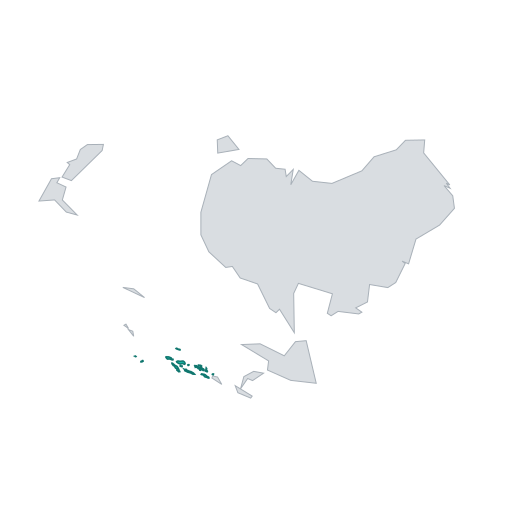 Solomon Islands on a map of Oceania (Albers equal-area conic projection), rotated 170°
{"feature_id": "SLB", "entity_name": "Solomon Islands", "entity_type": "country or territory", "adm_level": 0, "iso_a3": "SLB", "parent_name": "Oceania", "parent_adm1": "", "projection": "albers", "projection_center": [159.585, -9.221], "detail": "fine", "context": "in_parent", "style": "filled", "palette": "teal", "viewbox_px": 512, "rotation_deg": 170, "n_neighbors": 5, "source": "natural_earth", "source_scale": "50m", "svg_char_len": 5835}
<svg xmlns="http://www.w3.org/2000/svg" viewBox="0 0 512 512"><g transform="rotate(170 256 256)"><path d="M218.8,120.2L243.4,127.5L264.5,141.7L261.8,150.5L285.6,171.3L267.2,168.8L245.5,152.8L232.0,164.8L221.3,163.9L218.8,120.2ZM297.6,124.5L299.0,131.9L284.1,118.7L285.9,117.0L297.6,124.5ZM288.9,139.3L278.3,142.8L268.9,139.3L281.0,133.9L285.5,136.8L294.3,127.9L288.9,139.3ZM312.0,135.5L320.6,143.5L319.6,145.4L314.9,143.5L312.0,135.5Z" fill="#d9dde1" stroke="#a8b0b8" stroke-width="1"/><path d="M394.1,206.7L398.1,210.7L395.9,211.5L394.1,206.7ZM394.4,205.7L390.4,203.3L390.4,198.2L394.4,205.7Z" fill="#d9dde1" stroke="#a8b0b8" stroke-width="1"/><path d="M373.0,234.4L392.6,248.2L382.1,244.9L373.0,234.4Z" fill="#d9dde1" stroke="#a8b0b8" stroke-width="1"/><path d="M460.2,347.8L444.0,367.6L435.7,367.2L439.4,362.7L431.1,356.9L437.0,344.8L425.0,327.4L435.2,332.2L444.6,346.2L460.2,347.8ZM389.2,386.6L424.7,362.3L433.3,367.4L423.6,378.3L425.7,380.9L415.8,382.7L410.5,391.4L402.7,395.0L386.9,392.4L389.2,386.6Z" fill="#d9dde1" stroke="#a8b0b8" stroke-width="1"/><path d="M254.3,363.9L275.8,364.0L274.0,377.1L262.8,379.3L254.3,363.9ZM136.9,321.5L122.5,333.2L99.4,336.2L88.7,344.0L69.7,341.0L73.0,328.4L52.8,292.3L56.0,294.7L53.1,289.0L58.6,292.7L51.8,281.1L52.3,268.5L69.8,254.6L95.5,244.9L107.1,221.8L113.0,225.6L110.4,222.7L123.0,205.6L131.7,202.0L149.1,208.2L154.2,191.4L166.8,187.6L161.5,182.3L164.9,181.1L184.8,187.2L192.4,184.1L195.7,187.2L187.3,205.5L219.0,221.7L225.4,212.6L231.6,173.8L242.1,199.5L246.2,196.7L251.7,202.0L259.3,228.2L275.4,237.1L281.1,249.8L287.8,250.0L301.7,268.3L306.6,286.4L302.7,308.6L285.7,343.9L263.5,354.0L255.4,347.7L246.9,353.4L228.5,349.7L221.4,339.0L212.3,336.4L212.4,329.0L204.3,334.8L209.4,320.1L198.9,332.9L187.4,319.8L168.6,314.3L136.9,321.5Z" fill="#d9dde1" stroke="#a8b0b8" stroke-width="1"/><path d="M345.5,161.8L346.9,162.9L347.6,162.8L349.5,162.8L350.6,163.5L351.3,163.9L351.7,164.6L352.1,164.8L352.4,165.1L352.6,165.8L352.4,165.9L351.9,166.1L351.4,166.2L350.3,166.0L349.3,165.5L347.2,165.4L346.2,165.3L345.8,165.1L345.5,164.8L345.0,164.2L344.6,163.5L344.6,163.1L344.5,162.3L344.7,162.0L345.1,161.7L345.5,161.8ZM352.1,155.3L353.8,157.3L353.7,157.7L353.5,157.9L353.4,158.6L353.6,158.9L354.1,159.0L354.8,159.7L355.1,160.6L355.2,160.9L355.5,161.3L355.5,162.1L356.2,163.3L356.3,163.8L356.2,164.1L355.9,163.9L355.0,162.6L354.1,162.0L353.9,161.8L352.9,161.0L352.3,159.7L351.6,157.4L351.9,156.8L351.1,155.7L351.1,155.4L351.5,155.5L351.8,155.3L352.1,155.3ZM346.3,156.8L346.4,157.0L345.5,156.4L344.8,155.7L342.9,155.0L342.4,154.6L342.1,154.5L341.1,153.9L340.1,153.5L339.5,152.9L339.4,152.7L339.0,152.6L338.4,152.0L337.8,151.6L337.6,150.9L337.0,150.4L336.9,150.2L338.7,150.6L339.6,151.3L340.3,151.8L340.6,152.1L341.2,152.6L341.8,152.6L342.4,153.0L342.9,153.2L343.4,153.4L346.1,155.4L345.8,155.9L346.1,156.3L346.3,156.8ZM358.5,169.3L359.3,169.7L359.8,169.6L360.5,169.9L361.1,169.8L361.4,170.1L362.2,171.5L362.2,172.0L362.8,172.3L362.3,172.3L361.7,172.2L361.2,172.3L360.6,172.0L359.7,171.9L358.9,171.5L357.3,170.5L357.3,170.0L357.0,169.8L357.0,169.1L356.4,168.9L355.7,168.9L355.6,168.6L355.8,168.1L356.3,168.1L356.9,168.3L358.1,169.1L358.4,169.2L358.5,169.3ZM330.4,148.7L330.6,149.0L330.1,149.4L329.4,149.2L329.3,148.9L329.2,148.8L328.8,148.9L327.8,148.7L326.5,147.8L325.1,146.0L323.7,145.0L323.5,144.7L323.5,144.1L323.6,143.9L324.5,144.2L325.6,145.0L327.3,145.8L327.8,146.3L328.1,147.3L328.4,147.6L329.4,148.4L329.9,148.6L330.2,148.6L330.4,148.7ZM332.3,154.9L332.7,155.4L333.2,156.6L333.1,157.1L332.8,157.1L332.7,157.4L332.2,156.8L331.6,156.6L331.1,156.2L331.0,155.5L330.9,155.1L330.5,155.0L329.5,155.1L329.2,155.5L328.7,155.4L328.6,155.0L328.7,154.7L329.3,154.3L329.5,153.9L330.1,153.1L330.4,153.0L331.2,153.3L331.3,154.4L331.5,154.7L332.3,154.9ZM350.9,178.8L350.5,179.0L350.0,178.9L349.7,178.7L349.5,178.2L348.9,177.9L348.1,177.7L347.8,177.5L347.7,177.4L347.2,177.3L347.0,177.0L347.0,176.7L347.6,176.7L350.1,178.1L350.7,178.5L350.9,178.8ZM325.1,152.8L324.7,152.5L324.6,152.4L324.6,152.0L323.9,151.3L323.8,150.9L324.2,150.4L324.8,150.7L325.3,151.2L325.9,151.4L325.8,151.8L325.2,152.5L325.1,152.8ZM328.3,154.0L328.2,154.1L327.5,154.1L326.9,153.4L326.9,152.9L327.3,152.4L327.9,152.3L328.1,152.5L328.4,152.9L328.5,153.4L328.5,153.8L328.3,154.0ZM334.6,157.8L333.9,158.4L333.4,158.2L333.1,157.7L333.2,157.2L333.3,157.0L333.6,156.9L333.8,156.6L334.6,156.8L334.7,157.0L334.3,157.3L334.5,157.4L334.5,157.6L334.6,157.8ZM387.6,172.2L387.1,172.3L386.9,172.2L386.6,172.3L386.1,172.8L385.8,172.7L385.6,172.7L385.4,172.3L385.4,172.1L385.7,172.1L385.8,171.8L386.2,171.6L386.9,171.5L387.6,171.6L387.8,171.7L387.6,172.1L387.6,172.2ZM357.4,164.2L357.5,164.9L357.4,165.1L356.9,164.6L356.7,164.8L356.5,164.6L356.5,164.0L356.5,163.4L356.4,163.0L356.2,162.3L356.5,162.4L357.4,164.2ZM329.8,158.1L329.4,158.0L328.6,157.1L328.8,156.8L329.5,156.2L329.9,156.4L329.8,157.0L329.5,157.1L329.4,157.6L329.8,158.1ZM348.3,159.9L348.6,160.0L348.8,160.0L349.3,160.4L349.9,160.9L349.6,161.2L349.1,161.0L348.9,161.0L348.8,160.8L348.3,160.5L347.8,160.5L347.8,160.2L348.3,159.9ZM341.8,160.8L341.7,160.8L341.4,160.7L341.0,160.7L340.8,160.4L341.0,160.1L341.4,159.9L341.5,159.9L341.7,160.1L342.0,160.1L342.1,160.6L341.8,160.8ZM319.4,147.3L318.7,147.4L318.3,147.2L318.5,146.7L318.7,146.4L319.6,146.9L319.4,147.3ZM345.1,156.6L344.8,156.7L344.3,156.5L344.1,156.2L344.2,155.9L344.5,155.8L344.8,156.0L345.1,156.6ZM392.8,178.4L392.2,178.5L392.0,178.4L391.6,177.8L391.9,177.7L392.3,177.8L392.4,178.1L392.8,178.4ZM331.5,158.3L331.5,158.6L331.1,158.5L330.3,158.2L330.2,158.0L330.7,157.9L331.1,158.0L331.4,158.2L331.5,158.3ZM324.6,154.4L324.5,154.6L324.1,153.8L324.1,153.4L324.2,153.1L324.3,153.0L324.6,153.9L324.6,154.4ZM335.2,158.8L334.9,158.5L335.3,157.8L335.4,158.4L335.5,158.6L335.2,158.8Z" fill="#14b8a6" stroke="#0f766e" stroke-width="1.5"/></g></svg>